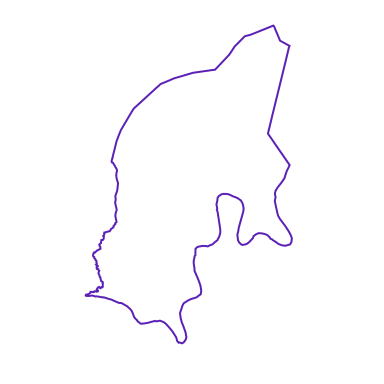 Wuli West, Upper River, Gambia (orthographic projection), rotated 348°
{"feature_id": "56634734B48610519572764", "entity_name": "Wuli West", "entity_type": "district", "adm_level": 2, "iso_a3": "GMB", "parent_name": "Gambia", "parent_adm1": "Upper River", "projection": "orthographic", "projection_center": [-14.204, 13.433], "detail": "fine", "context": "isolated", "style": "outline", "palette": "violet", "viewbox_px": 384, "rotation_deg": 348, "n_neighbors": 0, "source": "geoboundaries", "source_scale": "gbopen_adm2", "svg_char_len": 4310}
<svg xmlns="http://www.w3.org/2000/svg" viewBox="0 0 384 384"><g transform="rotate(348 192 192)"><path d="M66.3,271.8L66.2,272.0L66.6,271.7L67.4,271.7L69.6,272.3L73.0,272.5L75.7,274.1L76.6,274.1L81.4,275.9L82.8,276.6L83.7,276.6L88.2,279.2L90.5,280.3L92.4,281.7L97.5,285.3L100.0,286.0L101.3,287.2L101.8,287.6L102.9,288.6L104.9,290.4L106.1,292.2L107.2,293.6L108.3,295.9L108.8,298.2L109.4,302.3L110.6,304.6L111.7,306.2L111.7,306.8L112.4,307.8L113.3,308.7L113.7,309.4L114.8,310.3L118.9,310.7L122.1,310.8L126.1,310.5L129.4,310.5L130.0,311.0L131.4,311.2L132.7,311.2L133.9,311.2L135.0,311.9L137.1,313.3L138.4,314.7L139.1,315.6L141.1,319.0L143.8,324.1L145.6,328.9L146.3,330.9L146.5,333.0L146.5,334.6L147.6,336.6L148.1,336.4L151.0,338.0L153.3,336.9L155.3,334.8L156.3,333.0L156.5,328.0L155.6,321.1L154.9,317.5L154.7,313.1L155.1,308.0L156.2,306.0L157.4,304.1L159.0,301.2L160.8,299.1L164.9,297.5L168.3,296.6L174.6,296.0L176.9,294.8L179.2,293.9L180.5,290.7L180.8,285.3L180.1,280.0L179.5,276.6L178.1,269.8L178.6,266.6L178.8,262.2L179.5,259.3L180.6,257.0L180.9,256.2L181.1,255.4L182.2,254.5L182.7,252.0L183.6,248.5L183.6,248.4L185.3,247.1L186.9,246.8L188.3,246.9L191.0,246.9L193.9,247.6L196.2,248.5L196.9,248.2L198.9,247.8L200.5,247.6L202.6,246.7L203.9,245.8L205.1,245.3L206.9,244.4L207.6,243.3L209.1,241.7L210.7,238.9L211.4,237.1L211.9,233.9L212.9,217.0L212.6,214.3L213.3,213.4L213.3,211.6L213.3,209.3L214.9,205.9L215.8,203.1L217.1,201.9L217.4,201.5L220.4,200.4L222.4,200.4L224.7,200.9L225.6,201.1L228.1,202.3L231.5,205.0L233.1,205.9L235.3,207.5L237.1,209.4L238.0,210.3L238.9,213.0L239.2,215.3L239.1,218.7L238.5,220.8L237.1,223.7L230.2,236.9L229.1,239.9L227.5,243.1L227.3,244.9L227.0,249.0L227.7,251.3L229.5,253.8L230.6,254.3L233.8,254.3L235.0,254.1L237.5,252.9L240.4,250.9L242.0,249.8L243.1,247.9L246.1,246.6L248.6,246.1L252.0,247.1L254.7,248.4L256.7,249.8L258.3,252.1L259.2,254.2L260.3,254.8L261.0,255.8L263.3,258.0L265.8,260.8L268.5,262.6L271.9,264.0L275.1,263.8L277.1,263.6L278.9,261.5L280.1,257.9L279.6,254.7L278.5,250.8L276.5,245.5L272.4,236.6L271.3,233.2L271.1,229.6L271.1,223.2L271.1,218.1L271.9,216.2L272.2,215.6L272.7,214.3L272.7,210.8L274.1,208.1L276.4,205.6L281.1,201.7L285.2,197.9L287.1,194.5L289.1,191.1L291.4,188.3L293.1,185.9L283.4,162.7L280.7,156.1L278.4,150.7L285.1,136.7L285.9,135.0L286.6,133.5L287.3,132.1L290.3,125.9L302.1,101.5L314.3,76.2L316.9,70.6L317.8,69.4L309.6,62.3L309.5,61.7L306.5,46.1L306.9,46.0L281.7,50.4L276.1,50.6L264.0,58.5L261.1,61.4L256.8,65.6L255.7,66.3L247.2,72.2L239.9,77.2L238.2,77.0L217.8,75.6L198.1,77.1L197.6,77.2L192.7,78.2L191.6,78.4L188.4,79.0L184.5,79.7L183.8,79.8L181.7,81.1L178.3,83.0L152.5,98.2L150.0,100.7L139.3,112.3L137.8,114.0L136.3,115.6L135.0,117.1L131.8,121.9L128.7,126.8L121.2,142.2L121.3,142.3L120.0,144.4L119.7,146.2L119.9,146.4L120.8,147.0L123.1,154.1L123.1,155.6L122.0,157.9L121.3,160.3L121.1,163.6L121.5,168.1L119.9,172.8L119.1,175.2L116.2,179.9L115.8,183.6L114.6,186.3L114.6,189.3L114.6,189.9L114.7,193.4L114.5,194.1L112.9,196.9L112.2,198.9L112.0,200.2L112.0,205.6L110.3,206.7L110.3,207.4L108.1,209.1L108.1,209.4L107.8,210.2L106.7,210.7L105.0,211.4L104.7,211.9L104.7,212.0L104.2,212.4L103.4,213.3L102.1,213.1L101.4,213.3L99.6,213.3L99.2,213.6L97.8,213.4L97.4,214.5L97.4,215.4L96.3,216.3L96.0,216.5L96.5,217.3L96.3,218.2L95.5,219.9L94.7,220.4L93.8,220.2L93.4,220.1L92.9,221.1L92.7,221.9L92.6,222.3L92.4,223.0L90.4,224.1L90.4,225.7L90.9,226.3L90.9,227.0L90.6,227.6L90.6,228.6L89.8,228.6L88.6,229.2L87.3,229.4L86.8,229.5L85.8,230.3L84.8,230.6L84.2,231.2L83.5,230.8L83.4,230.9L83.1,231.3L82.8,231.7L82.4,232.5L82.0,233.4L82.0,233.8L82.0,234.6L82.9,235.4L82.7,236.5L83.5,237.6L83.5,238.5L84.2,239.4L84.2,240.3L83.8,240.9L84.0,242.3L83.1,243.0L83.6,243.4L84.5,244.7L84.4,245.2L83.3,245.1L82.9,246.7L82.9,247.4L83.4,247.6L84.3,248.0L84.3,248.5L84.3,249.1L84.9,249.8L84.2,250.7L84.0,251.4L83.6,252.0L83.8,253.3L84.1,254.0L84.1,255.8L84.7,256.4L84.5,257.5L84.7,260.4L85.9,261.3L85.9,262.4L85.6,262.6L85.6,263.3L85.6,263.7L85.0,265.9L85.0,266.2L84.6,266.6L84.3,266.6L83.7,266.2L83.4,266.4L82.6,267.1L81.9,266.6L81.6,265.7L80.3,265.7L79.6,266.4L78.5,267.5L78.7,268.0L79.6,268.8L79.6,269.3L79.0,269.7L78.1,269.7L76.5,268.9L75.6,268.9L75.2,269.5L73.9,269.1L72.1,268.6L71.9,269.3L69.6,270.4L66.9,270.4L66.3,271.8Z" fill="none" stroke="#5b21b6" stroke-width="2"/></g></svg>